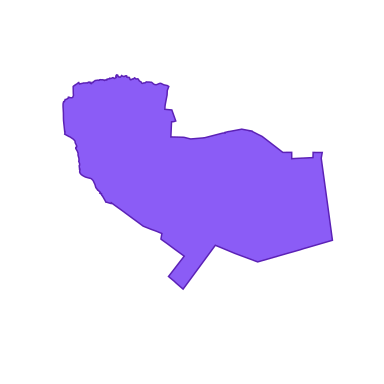 the district of Noordenveld, Drenthe, Netherlands, rotated 286°
{"feature_id": "6326949B11636300368491", "entity_name": "Noordenveld", "entity_type": "district", "adm_level": 2, "iso_a3": "NLD", "parent_name": "Netherlands", "parent_adm1": "Drenthe", "projection": "albers", "projection_center": [6.459, 53.095], "detail": "fine", "context": "isolated", "style": "filled", "palette": "violet", "viewbox_px": 384, "rotation_deg": 286, "n_neighbors": 0, "source": "geoboundaries", "source_scale": "gbopen_adm2", "svg_char_len": 5341}
<svg xmlns="http://www.w3.org/2000/svg" viewBox="0 0 384 384"><g transform="rotate(286 192 192)"><path d="M225.3,48.8L214.9,53.0L215.0,53.2L214.0,53.5L212.9,53.7L212.5,53.7L211.4,58.5L211.4,59.2L210.8,61.1L210.6,61.7L210.1,63.2L209.4,64.5L208.6,65.6L208.1,65.8L207.2,66.1L206.7,66.5L206.0,67.2L204.6,68.4L203.6,68.7L203.0,68.5L202.8,68.0L201.7,68.3L201.7,68.5L200.7,69.4L200.1,70.0L199.9,70.3L197.9,71.8L196.3,72.2L195.6,72.5L193.2,74.0L191.1,74.7L190.4,74.6L188.5,76.0L186.9,76.6L186.2,76.3L183.5,77.4L182.9,77.6L183.0,78.0L181.8,78.2L180.2,78.5L179.6,79.1L179.3,79.2L178.9,79.7L178.4,80.5L178.2,80.8L177.7,82.2L177.2,84.3L177.1,84.9L177.0,85.6L177.0,86.5L177.0,86.8L177.0,87.3L177.0,87.6L177.0,88.3L177.1,90.8L177.0,91.4L176.9,91.8L176.3,92.8L176.0,93.4L175.8,93.7L175.4,94.1L172.4,96.7L170.4,97.9L169.7,98.4L168.5,100.0L167.8,100.8L167.9,101.0L167.7,101.3L167.7,101.5L167.0,102.7L166.4,104.0L165.5,103.7L165.4,103.9L165.4,104.6L165.3,105.0L165.3,105.3L165.0,105.2L164.9,105.5L164.7,105.7L164.5,105.8L164.4,105.9L164.1,106.1L163.9,106.4L163.7,106.9L163.3,107.1L163.1,107.4L162.9,107.6L162.4,108.2L160.9,109.7L160.8,109.8L158.8,111.8L158.5,112.0L158.6,112.7L158.7,113.1L158.6,113.5L158.7,113.8L158.6,114.3L158.6,114.7L158.6,115.6L158.6,117.4L159.4,117.4L157.6,122.3L155.5,128.2L150.4,141.9L149.0,145.7L147.0,151.1L145.7,154.5L145.6,155.5L144.8,163.5L144.6,167.0L143.8,174.5L138.2,175.1L137.8,176.0L137.0,178.3L136.4,179.9L135.9,181.4L134.1,186.2L132.1,191.5L128.2,202.2L104.3,192.7L102.4,197.0L101.4,199.3L99.9,202.2L96.2,210.2L147.2,229.1L147.0,231.0L146.3,237.3L145.8,241.5L144.8,250.1L142.9,274.4L160.3,302.2L161.0,303.4L166.3,311.9L168.4,315.0L170.5,318.4L184.3,340.3L214.8,326.9L260.1,306.9L265.9,306.3L263.4,297.5L263.1,297.6L262.8,297.7L258.4,298.8L255.5,290.3L254.6,287.6L252.8,282.3L251.5,278.7L257.6,276.9L255.1,268.4L264.4,245.0L264.7,244.1L264.8,243.9L265.5,239.9L267.0,232.2L266.9,231.7L267.0,231.8L266.7,228.9L266.1,222.4L265.7,221.7L260.6,211.5L260.2,210.5L258.3,207.2L257.8,207.4L257.8,207.2L257.3,205.8L257.0,205.1L247.7,189.3L247.4,188.5L247.1,187.9L242.7,176.3L242.6,175.8L242.4,169.8L242.3,168.9L240.9,163.4L239.1,156.5L253.8,153.0L254.6,155.0L254.9,155.5L255.8,156.8L265.3,150.0L264.0,143.1L267.1,142.4L269.4,142.1L278.4,141.3L282.6,140.3L283.2,140.3L287.0,140.6L287.3,139.7L287.5,139.0L287.5,138.6L287.3,135.8L287.3,135.4L287.4,134.6L287.8,132.6L287.8,132.3L287.8,131.9L287.7,131.4L287.3,130.7L285.9,129.0L285.5,128.5L285.2,127.8L285.1,127.5L285.1,127.0L285.0,126.7L285.1,126.1L285.2,125.4L286.1,123.5L286.2,123.2L286.3,122.9L286.3,122.7L286.1,121.9L285.9,120.7L285.9,120.4L285.6,119.6L285.4,118.9L285.4,118.2L285.2,117.8L285.0,117.5L284.1,116.9L283.9,116.7L283.6,115.7L283.5,115.4L282.9,114.8L282.8,114.5L282.7,114.2L282.8,113.8L282.9,113.6L283.0,113.4L283.6,113.0L283.7,112.8L283.9,112.0L284.1,111.3L284.3,110.8L284.4,110.6L285.7,109.2L285.8,109.0L285.8,108.8L285.8,108.5L285.7,108.2L285.4,107.6L285.3,107.2L285.3,106.8L285.3,106.6L285.8,105.8L285.9,105.3L285.7,105.2L284.6,104.5L284.4,104.3L284.3,104.2L284.4,103.9L284.2,103.4L284.0,103.2L283.6,103.1L283.1,102.4L282.9,102.0L282.9,101.8L283.0,101.6L283.1,101.4L283.5,101.3L283.7,101.2L283.9,100.9L284.1,100.8L284.5,100.5L284.8,100.1L284.9,99.7L284.6,99.4L284.5,99.1L284.4,98.8L284.5,98.6L284.6,98.4L284.5,97.7L284.7,97.4L284.9,97.2L285.3,97.3L285.5,97.3L285.6,97.2L285.6,96.6L285.1,95.7L284.6,95.3L284.3,95.0L284.2,94.8L284.2,94.5L284.2,94.0L284.3,93.7L284.2,93.4L284.2,93.1L284.3,92.9L284.5,92.5L284.6,92.3L284.6,92.2L283.8,92.0L283.0,91.7L282.8,91.5L282.6,91.4L282.5,91.0L282.4,90.7L282.7,89.9L282.4,89.6L282.4,89.4L282.6,89.1L283.3,88.7L283.7,88.5L283.9,88.3L283.9,88.2L283.8,87.9L283.7,87.8L283.8,87.7L283.9,87.4L283.5,87.1L283.3,87.2L282.9,87.1L282.5,86.8L282.4,86.8L282.1,86.9L281.6,87.5L281.4,87.6L281.2,87.6L280.9,87.3L280.5,86.7L280.0,86.5L279.8,86.4L279.8,85.8L279.8,85.6L280.0,85.0L280.2,84.6L279.9,84.0L279.2,83.4L279.0,83.1L278.7,82.4L278.7,82.1L278.8,81.8L278.8,81.6L278.6,81.5L278.2,81.6L277.5,80.1L277.2,79.7L277.1,79.4L276.7,79.5L276.4,79.4L276.3,79.2L276.4,78.9L276.0,78.7L275.8,78.5L275.8,78.4L275.9,78.1L275.9,77.9L275.7,77.6L275.4,77.4L275.2,77.2L275.3,77.1L275.4,76.7L275.2,76.5L275.2,76.4L275.2,76.1L275.4,75.4L275.2,75.1L275.0,74.4L274.9,73.9L274.8,73.2L274.5,72.4L274.4,72.4L274.1,72.3L273.6,71.6L273.6,71.4L273.7,71.0L273.6,70.7L273.4,70.3L272.7,68.7L272.4,68.1L272.1,68.0L272.0,67.9L271.3,67.3L271.1,67.1L270.2,66.8L270.1,66.7L270.1,66.3L270.0,66.0L269.9,65.8L269.8,65.6L269.7,65.6L269.3,65.6L268.7,65.7L268.4,65.4L268.4,64.8L268.4,64.5L268.4,64.4L268.5,64.2L269.4,63.9L269.5,63.8L269.5,63.5L269.2,62.9L269.1,62.3L269.0,62.2L268.9,62.0L268.4,61.9L268.1,61.7L267.9,60.8L267.2,58.8L267.1,58.4L267.0,58.0L267.0,57.9L266.6,57.3L264.8,54.0L265.1,53.8L266.0,53.0L265.9,52.9L265.9,52.7L265.7,52.5L265.4,52.5L263.2,50.7L263.0,50.2L262.7,50.2L262.2,50.0L261.3,49.0L260.9,48.8L260.6,48.7L254.1,50.7L253.0,51.1L252.3,51.4L251.9,51.4L251.1,51.3L250.6,51.3L250.4,51.3L250.1,51.2L249.8,50.9L249.6,50.7L249.3,49.9L249.2,49.4L249.1,48.4L249.1,48.1L249.1,47.9L249.2,47.7L249.3,47.5L249.0,47.0L248.3,47.3L246.8,46.0L246.5,45.7L246.2,45.3L246.0,44.6L243.7,44.4L243.5,44.2L243.4,44.1L243.4,43.7L243.2,43.7L241.7,43.7L240.7,43.9L240.0,44.1L239.6,44.2L238.3,44.6L232.5,46.6L227.1,48.2L225.3,48.8Z" fill="#8b5cf6" stroke="#5b21b6" stroke-width="1.5"/></g></svg>